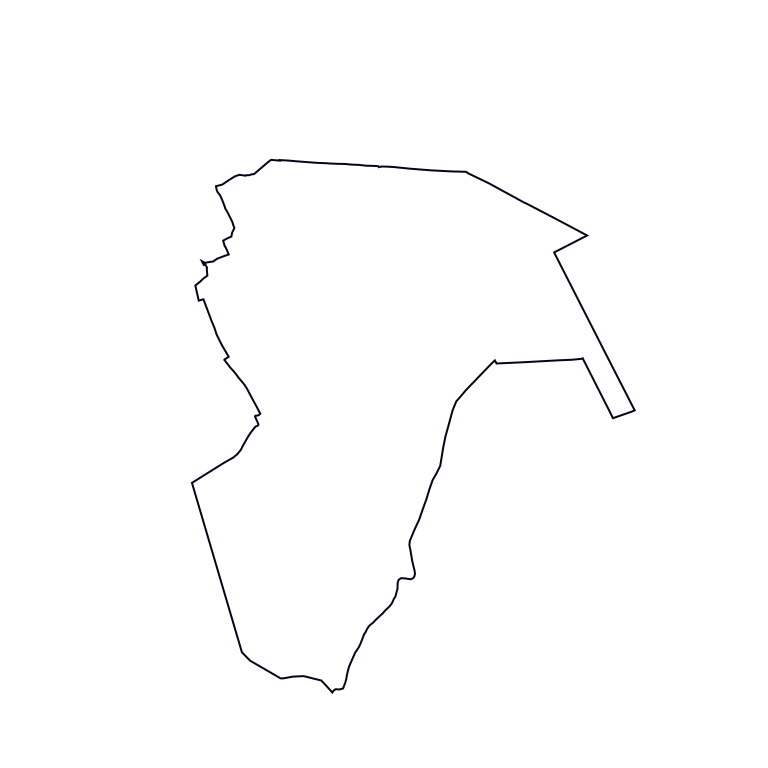 San Pedro Comitancillo, Oaxaca, Mexico (Equal Earth projection), rotated 333°
{"feature_id": "50627088B8871581884513", "entity_name": "San Pedro Comitancillo", "entity_type": "district", "adm_level": 2, "iso_a3": "MEX", "parent_name": "Mexico", "parent_adm1": "Oaxaca", "projection": "equal_earth", "projection_center": [-95.171, 16.462], "detail": "fine", "context": "isolated", "style": "outline", "palette": "ink", "viewbox_px": 768, "rotation_deg": 333, "n_neighbors": 0, "source": "geoboundaries", "source_scale": "gbopen_adm2", "svg_char_len": 2878}
<svg xmlns="http://www.w3.org/2000/svg" viewBox="0 0 768 768"><g transform="rotate(333 384 384)"><path d="M193.6,619.8L196.8,631.2L197.9,635.4L199.8,634.3L202.4,634.0L205.7,636.0L209.3,636.7L213.5,632.9L216.3,629.9L219.7,625.4L224.6,619.9L236.3,610.3L242.1,607.1L245.4,604.5L252.2,598.4L252.4,598.1L254.5,597.0L256.5,595.5L258.7,594.0L261.1,592.7L263.8,592.1L266.1,591.7L268.8,590.6L271.5,589.8L273.7,589.2L276.5,588.4L279.1,587.7L281.3,586.7L283.6,585.9L286.3,585.2L288.8,584.3L291.6,582.9L295.6,579.7L297.7,578.5L301.0,574.8L302.0,573.8L303.1,572.5L304.5,569.9L306.1,567.1L308.2,565.1L311.2,564.8L314.2,566.6L316.5,568.2L319.3,570.2L321.7,570.2L323.4,569.5L325.4,567.3L326.5,564.2L328.7,554.8L331.6,545.7L333.5,539.0L335.8,535.5L341.1,531.0L346.2,526.7L353.8,520.8L362.1,512.8L369.6,505.8L376.4,498.7L383.6,491.8L390.4,487.3L397.0,482.4L407.7,467.8L414.8,458.8L419.0,454.2L423.6,449.2L428.9,443.3L433.3,438.5L440.5,432.3L446.8,429.8L454.1,426.7L488.2,414.9L493.5,413.3L493.6,416.8L518.3,428.0L549.5,441.8L562.4,447.7L571.6,451.3L572.7,451.3L572.6,506.1L572.5,518.4L592.2,521.1L595.4,521.3L595.3,462.9L595.3,344.0L632.4,343.9L611.1,313.5L592.4,287.3L591.7,286.6L590.2,284.5L569.0,253.4L554.5,234.3L553.7,232.6L553.5,232.2L540.6,225.2L523.1,215.1L505.0,204.0L492.4,195.9L491.2,195.0L490.9,194.9L489.1,193.9L487.6,193.0L485.9,192.0L485.6,191.8L483.9,190.9L480.9,189.3L478.7,188.6L478.3,188.4L477.9,188.4L477.9,187.8L477.7,187.3L477.2,187.0L472.5,184.2L467.5,181.6L461.0,177.3L454.2,173.5L449.6,170.5L443.6,167.3L436.1,163.1L432.7,161.0L430.3,159.7L428.0,158.4L425.9,157.2L422.3,155.1L405.6,144.9L400.9,141.9L395.1,138.5L392.7,137.1L392.6,137.4L392.6,137.7L385.1,133.0L381.6,133.6L363.4,138.0L361.2,137.0L359.8,137.0L358.6,136.7L356.1,135.4L355.3,135.6L350.2,132.0L345.6,131.3L338.2,131.9L330.4,132.9L324.1,131.5L323.9,132.0L323.0,135.2L322.8,137.2L323.6,141.2L323.4,146.2L322.7,152.9L322.2,156.4L322.3,157.3L322.5,157.8L322.5,163.3L322.5,167.7L322.4,171.1L321.6,175.6L321.5,177.1L317.4,180.2L314.9,183.4L311.0,183.1L305.8,183.2L304.6,189.0L304.9,189.6L304.8,193.8L304.4,198.1L300.3,197.5L292.2,196.6L287.5,197.3L279.3,194.6L277.5,191.9L277.5,196.2L278.6,196.2L279.1,196.2L279.1,200.0L278.1,201.5L275.8,207.3L271.1,208.0L267.4,209.1L266.9,209.3L260.6,210.6L256.8,225.6L261.6,226.5L260.8,233.4L259.8,242.5L259.1,248.3L259.0,248.9L258.5,256.4L257.4,263.4L257.3,264.0L257.2,275.8L258.0,289.2L253.0,289.8L252.7,290.0L254.7,300.5L255.9,304.7L256.6,308.1L257.2,311.9L259.3,321.1L259.8,326.1L259.9,336.5L260.2,345.8L260.3,354.3L258.5,354.8L257.4,354.8L255.0,353.9L254.3,354.4L253.9,362.3L253.6,363.3L252.9,363.8L250.3,363.6L248.9,364.1L242.6,367.1L238.8,369.3L230.3,374.9L226.5,377.7L221.3,380.0L216.1,381.1L205.3,381.6L168.0,384.9L135.6,558.6L139.1,569.8L158.2,599.3L160.4,600.5L169.4,603.2L169.8,603.3L179.8,607.8L193.6,619.8Z" fill="none" stroke="#020617" stroke-width="2"/></g></svg>